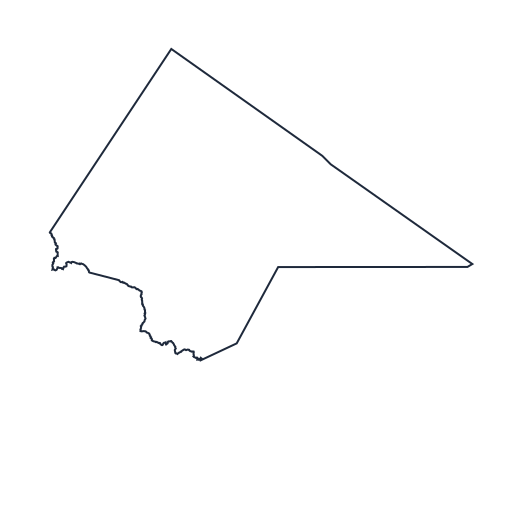 Lago Buenos Aires, Santa Cruz, Argentina (Albers equal-area conic projection), rotated 303°
{"feature_id": "61730980B62951780268980", "entity_name": "Lago Buenos Aires", "entity_type": "district", "adm_level": 2, "iso_a3": "ARG", "parent_name": "Argentina", "parent_adm1": "Santa Cruz", "projection": "albers", "projection_center": [-71.373, -47.161], "detail": "fine", "context": "isolated", "style": "outline", "palette": "slate", "viewbox_px": 512, "rotation_deg": 303, "n_neighbors": 0, "source": "geoboundaries", "source_scale": "gbopen_adm2", "svg_char_len": 5829}
<svg xmlns="http://www.w3.org/2000/svg" viewBox="0 0 512 512"><g transform="rotate(303 256 256)"><path d="M163.5,70.2L163.3,70.4L163.2,70.7L163.2,70.9L163.2,71.4L163.4,71.8L163.4,72.0L163.1,72.4L163.0,72.6L162.9,72.9L162.6,73.0L162.4,73.0L162.2,73.2L162.0,73.3L162.0,73.6L162.0,73.9L161.3,74.2L161.1,74.5L161.1,74.9L161.2,75.3L161.0,75.6L160.9,76.1L161.0,76.6L160.5,76.9L160.4,77.2L160.1,77.6L160.2,77.9L160.0,78.0L159.8,78.4L159.5,78.5L159.3,78.6L159.1,78.9L158.9,79.0L158.7,79.2L158.6,79.3L158.4,79.5L157.8,79.9L157.7,80.2L157.8,81.0L157.7,81.3L157.2,81.3L156.7,81.4L156.4,81.6L156.4,82.1L156.2,82.5L156.1,83.3L156.3,83.7L156.3,84.0L156.2,84.2L155.8,84.6L155.3,84.8L154.4,85.4L154.0,85.4L153.9,85.1L153.6,84.9L153.0,84.5L152.2,84.9L151.9,85.4L151.6,85.5L150.9,86.1L150.9,86.6L151.1,87.1L151.2,87.4L151.0,87.8L150.0,88.3L149.5,88.7L148.7,89.1L148.4,89.5L148.1,89.7L148.0,89.4L147.6,89.1L147.4,89.0L145.4,89.0L145.1,88.9L145.0,88.7L144.8,88.1L144.7,87.9L143.7,87.9L143.4,88.1L143.2,88.5L142.4,88.8L141.6,89.5L140.7,89.2L139.9,89.1L139.7,89.3L139.6,89.6L139.6,89.9L139.0,89.9L138.5,90.1L138.1,90.0L137.8,90.0L136.5,90.8L136.2,91.4L136.1,91.8L135.0,92.1L134.2,92.6L133.8,92.7L134.6,93.4L134.5,93.8L134.7,94.1L134.5,94.5L134.7,95.6L135.6,96.2L135.9,96.3L136.5,96.2L138.0,96.0L138.3,95.8L138.8,95.5L139.1,95.5L139.3,95.3L139.1,95.5L138.8,95.6L138.3,95.8L138.2,96.0L138.4,96.4L138.7,96.8L138.8,97.3L139.8,99.1L139.9,99.6L139.5,100.2L139.8,100.9L139.9,101.1L139.9,101.3L140.9,101.1L141.5,100.8L142.6,100.9L143.2,101.9L144.1,102.6L145.6,101.9L146.2,101.2L146.5,100.7L146.8,100.6L147.6,100.9L149.0,101.9L149.3,103.9L149.5,104.3L149.5,104.8L149.9,104.7L150.1,104.4L150.4,104.6L151.2,105.3L151.3,105.7L151.7,106.5L151.8,106.9L152.2,109.0L152.1,109.4L152.1,109.6L152.2,109.9L152.6,110.4L152.7,111.0L153.1,111.9L153.1,112.3L153.7,112.4L153.6,113.0L154.0,113.1L154.6,113.6L154.6,114.2L154.6,114.3L155.0,115.4L154.9,117.2L154.5,119.4L153.8,120.8L153.3,122.5L153.0,122.5L152.9,122.7L152.8,123.4L152.7,123.4L152.5,123.9L152.2,124.1L151.6,124.6L151.5,124.8L151.4,125.3L161.1,154.3L161.1,154.5L160.7,155.1L160.7,155.6L160.5,156.2L160.4,156.7L160.6,157.2L160.9,157.4L161.3,158.0L161.5,158.1L161.2,158.9L161.2,159.0L161.7,159.3L161.8,159.5L161.6,160.1L161.9,160.5L161.8,161.8L162.0,162.1L162.2,162.9L161.9,163.6L161.9,164.1L161.6,164.4L161.5,164.5L161.4,165.6L161.6,166.0L161.6,166.3L162.0,167.2L162.0,167.4L162.0,167.6L162.3,167.9L162.1,168.6L162.1,169.0L162.5,169.5L162.6,169.9L163.1,170.4L163.3,170.8L163.5,170.9L163.6,171.2L163.6,171.6L163.7,172.2L163.4,172.7L163.3,173.0L163.2,174.0L163.3,174.3L163.8,174.5L163.9,174.9L163.8,176.1L163.7,176.5L163.6,177.1L163.7,177.6L163.9,178.1L164.0,178.8L164.0,179.3L163.4,180.0L162.7,180.0L162.5,180.3L161.9,180.5L161.6,180.8L161.4,180.7L161.1,180.9L160.3,180.8L159.7,181.2L159.4,181.3L159.2,181.7L158.9,181.9L158.9,182.4L158.9,182.6L158.7,183.1L158.5,183.3L158.2,183.4L158.1,183.7L157.2,183.9L157.0,184.2L156.7,184.7L156.6,184.8L156.3,184.8L155.7,185.5L154.6,186.1L154.5,186.5L154.0,186.5L153.4,187.0L153.5,187.7L153.2,187.9L152.6,188.4L152.4,189.3L151.7,190.6L151.1,191.2L150.9,191.2L150.5,191.5L150.2,192.0L150.2,192.4L150.0,192.5L149.0,193.1L148.4,193.8L147.9,193.7L147.5,194.0L147.2,194.0L147.2,194.5L146.3,194.7L146.1,194.9L145.5,194.8L145.2,194.9L144.8,195.7L144.4,196.1L144.3,196.4L143.7,196.9L143.4,197.4L142.8,197.5L141.7,197.5L141.2,197.7L140.7,198.0L140.2,198.1L139.5,197.9L138.5,197.8L138.1,197.5L137.4,197.7L137.2,197.6L136.9,197.8L136.6,198.0L136.1,197.9L135.5,197.6L135.1,197.7L134.6,197.6L134.5,198.1L134.4,198.1L133.8,198.2L133.1,198.8L132.2,198.9L131.6,199.3L131.2,199.2L130.9,199.4L130.6,199.9L130.1,200.1L130.4,200.8L130.6,201.0L130.6,201.3L131.7,202.5L132.6,204.2L132.7,205.1L132.6,205.4L132.3,205.8L132.3,206.1L132.7,207.4L132.6,208.0L132.8,208.7L132.7,208.8L132.2,209.4L132.1,209.8L131.3,210.3L131.2,210.6L131.3,211.0L130.8,211.4L130.7,211.8L130.7,212.1L130.3,212.1L129.9,212.3L130.0,212.7L129.9,213.4L129.8,213.6L129.6,214.0L129.2,214.0L128.6,214.4L128.5,214.6L128.6,215.3L128.5,215.5L128.6,216.0L128.7,216.6L128.8,217.0L129.0,217.4L129.2,218.0L129.3,218.3L129.2,218.7L129.2,218.9L129.3,219.1L129.9,219.5L129.9,220.3L130.0,220.8L129.9,221.6L130.3,221.9L130.7,222.9L130.6,223.1L130.2,223.3L130.1,223.6L130.1,224.4L129.9,224.9L130.0,225.6L130.2,225.9L130.4,226.1L131.6,226.0L132.3,225.9L133.1,226.1L133.8,226.8L134.0,227.2L134.3,227.3L133.7,227.9L133.0,228.4L132.8,228.8L133.5,229.1L134.0,229.0L134.4,229.1L134.7,229.4L136.2,228.9L136.6,229.0L137.2,229.7L137.3,230.0L137.5,230.5L138.2,230.8L138.5,231.2L138.2,232.1L138.1,232.6L137.8,233.3L137.9,233.7L137.9,233.9L137.5,234.5L137.2,235.3L136.7,235.8L136.5,236.4L136.1,237.2L136.0,237.7L135.3,238.0L134.7,239.1L133.2,239.0L132.4,239.5L131.4,240.6L130.8,241.0L130.7,241.4L130.6,241.8L131.0,242.3L131.1,242.7L131.0,243.2L131.0,243.5L132.0,243.7L133.2,244.2L133.3,244.4L133.7,244.5L134.9,245.4L135.3,245.2L135.9,245.5L137.0,245.9L137.2,246.1L137.8,246.3L138.1,246.6L138.6,246.7L138.9,247.3L139.0,248.2L138.9,248.5L139.0,248.7L140.2,249.5L140.3,249.7L140.5,250.4L140.8,250.6L140.9,251.0L140.4,251.9L140.4,252.8L140.8,253.8L140.8,254.4L140.9,254.5L141.1,254.7L141.3,254.7L141.4,254.8L141.5,255.2L141.9,255.7L141.7,256.0L141.3,256.3L139.8,256.9L139.0,257.9L138.5,258.2L138.1,258.3L137.7,258.2L137.6,258.6L137.5,259.1L137.7,259.7L137.7,260.0L137.8,261.3L137.9,261.5L138.4,261.5L138.5,261.7L138.7,261.9L138.7,262.3L138.6,262.5L138.0,262.4L138.0,262.6L137.8,262.8L137.1,263.2L137.6,263.7L137.7,264.1L138.1,264.0L138.5,264.2L139.4,265.0L139.8,265.3L140.5,265.2L140.4,265.7L140.4,266.3L140.0,266.5L140.0,266.8L139.9,266.9L139.7,266.7L139.0,266.5L138.5,266.1L137.9,265.9L137.4,265.8L172.2,287.4L258.8,280.6L313.6,364.9L362.0,439.3L367.1,441.8L373.6,268.7L376.1,257.1L383.5,72.2L163.5,70.2Z" fill="none" stroke="#1e293b" stroke-width="2"/></g></svg>